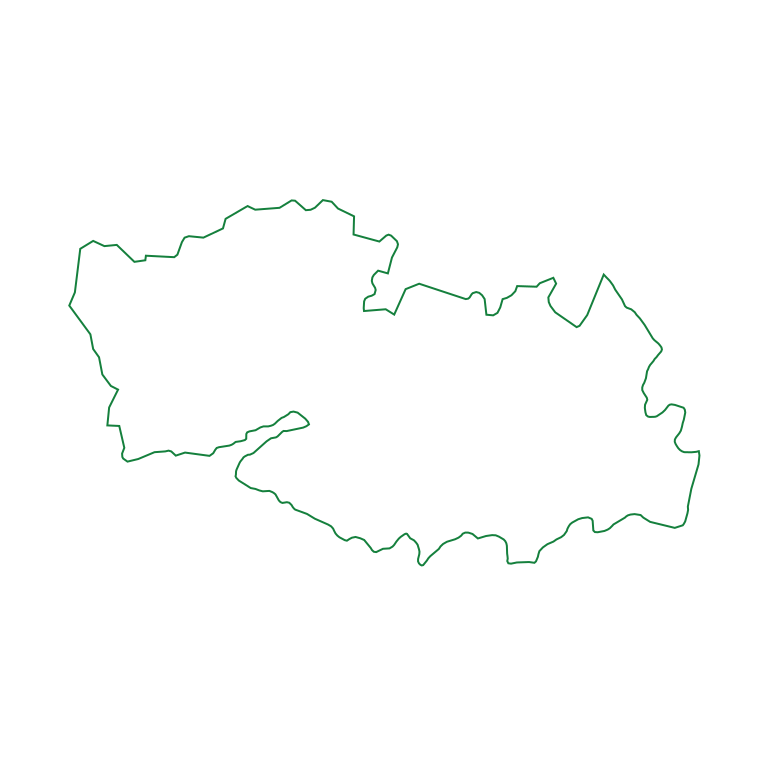 map outline of Toledo (Albers equal-area conic projection), rotated 186°
{"feature_id": "ESP-5848", "entity_name": "Toledo", "entity_type": "Autonomous Community", "adm_level": 1, "iso_a3": "ESP", "parent_name": "Spain", "parent_adm1": "", "projection": "albers", "projection_center": [-4.343, 39.785], "detail": "fine", "context": "isolated", "style": "outline", "palette": "green", "viewbox_px": 768, "rotation_deg": 186, "n_neighbors": 0, "source": "natural_earth", "source_scale": "10m", "svg_char_len": 4607}
<svg xmlns="http://www.w3.org/2000/svg" viewBox="0 0 768 768"><g transform="rotate(186 384 384)"><path d="M63.9,350.1L62.8,345.9L62.8,336.9L67.4,311.9L69.0,293.8L68.4,290.6L68.7,287.1L70.1,278.8L71.3,276.0L72.1,274.7L79.8,271.3L104.9,274.7L112.1,278.2L115.1,280.5L121.2,280.8L125.3,279.9L127.8,278.8L129.4,277.5L130.4,276.3L141.1,268.3L142.1,266.9L144.3,264.2L146.3,262.6L149.4,260.9L156.0,258.9L158.8,258.8L160.5,260.2L162.2,269.8L163.4,271.6L167.1,272.7L172.9,271.4L176.7,269.8L182.3,265.9L184.2,264.0L185.4,261.8L186.4,259.3L186.9,256.8L189.2,252.7L191.8,250.2L196.3,247.4L199.0,245.0L204.7,241.8L208.9,238.1L212.0,234.0L212.6,230.9L212.9,228.2L214.3,223.5L215.7,221.9L221.1,222.1L233.2,220.4L238.9,218.6L241.6,218.7L242.9,220.8L242.7,223.2L243.2,225.7L243.8,228.1L244.9,236.0L245.7,238.4L247.0,240.4L248.7,241.9L253.7,244.2L257.1,245.2L260.7,245.0L266.6,243.5L274.5,240.2L280.3,244.1L284.5,245.0L287.7,244.7L290.1,243.3L291.3,241.3L293.8,239.0L297.1,237.0L304.9,233.7L308.5,231.1L310.8,228.4L312.2,225.7L320.0,217.6L321.7,215.3L322.9,212.9L326.1,208.0L327.5,207.5L328.9,208.0L330.5,209.3L331.6,211.2L331.8,213.5L331.1,218.5L331.2,221.0L331.9,223.2L333.8,227.7L335.6,229.7L337.9,231.7L341.8,233.3L345.4,237.3L346.4,237.5L347.8,236.8L351.4,233.7L353.1,231.8L355.2,228.6L357.1,225.0L358.5,223.2L361.3,221.1L367.8,220.0L374.2,216.0L376.6,216.1L378.6,217.6L380.1,219.6L387.4,226.8L391.5,228.1L396.3,228.9L399.8,227.8L402.2,226.2L404.5,224.3L406.7,224.6L412.3,226.9L414.6,228.4L416.6,230.3L418.2,232.7L419.5,234.9L421.7,236.9L425.0,238.4L438.7,242.8L446.9,246.7L459.2,249.8L460.5,250.7L461.9,252.1L463.3,254.0L465.8,256.0L468.2,256.3L472.6,255.1L474.6,255.7L476.4,257.2L480.4,262.9L482.2,264.1L483.7,264.8L486.8,265.7L493.3,264.6L496.8,265.1L500.9,266.2L505.7,266.6L518.3,272.8L521.0,275.1L522.0,276.7L521.8,278.3L522.0,281.7L521.7,283.4L519.4,290.4L518.8,291.8L516.7,295.1L516.1,296.3L514.9,297.4L511.9,299.4L510.0,299.7L506.6,301.7L494.8,314.7L490.7,318.2L485.9,319.6L484.4,320.7L480.3,325.7L479.0,326.8L475.9,327.0L459.8,332.2L456.8,333.9L454.4,336.0L455.6,338.4L458.7,341.3L466.9,346.5L471.1,347.1L474.2,346.2L476.0,343.9L480.1,340.7L482.3,339.6L485.9,336.1L488.3,333.2L490.0,331.7L492.0,330.7L494.8,329.7L499.5,329.2L502.4,327.9L506.9,324.6L512.9,322.8L515.0,321.6L515.7,319.9L515.3,315.1L516.5,313.7L520.6,312.1L525.4,310.9L525.8,310.6L527.5,308.9L529.1,307.7L531.3,306.6L541.5,303.9L543.7,302.9L544.9,301.0L546.6,297.3L550.0,294.3L574.7,295.0L583.6,291.0L588.5,294.7L591.3,295.2L594.5,294.1L605.1,292.2L620.6,283.7L631.0,280.0L635.6,282.6L636.6,284.1L637.2,287.4L635.6,293.4L642.9,314.6L654.8,313.9L654.9,331.9L647.9,350.6L655.4,353.5L665.1,364.0L670.2,380.8L676.9,388.4L681.2,402.7L705.2,429.1L701.0,442.8L700.2,486.7L688.2,495.9L676.5,491.9L664.3,494.4L645.0,479.4L634.3,482.1L634.2,486.7L605.9,488.2L603.0,491.0L599.8,504.0L597.6,508.7L593.5,510.6L578.9,510.7L560.4,521.9L558.8,531.7L538.3,546.7L530.3,543.9L506.3,548.3L495.1,556.9L491.6,557.0L479.9,548.7L475.2,549.6L471.1,552.1L464.0,560.5L455.1,559.8L448.1,553.7L431.3,547.6L429.9,529.5L403.5,525.2L397.2,531.9L395.0,533.0L392.4,532.3L386.1,527.4L384.7,524.4L385.1,521.3L389.3,510.6L391.7,494.4L401.7,496.1L405.5,491.4L406.7,488.8L406.9,485.3L406.0,482.8L402.9,478.7L402.1,476.6L402.8,472.4L405.5,470.5L408.8,469.2L411.6,466.8L412.4,464.1L412.1,457.3L411.5,454.5L390.1,458.5L381.1,454.1L372.4,480.6L359.5,487.4L311.6,477.0L309.2,477.7L307.9,479.0L306.3,482.3L305.3,483.6L301.9,485.1L298.8,484.6L295.7,482.5L292.8,479.0L289.4,463.6L282.6,463.7L278.6,466.6L276.4,472.3L274.9,480.8L270.8,482.5L266.5,485.6L263.1,490.0L261.8,495.3L242.4,496.7L239.6,500.5L226.7,507.3L223.3,501.8L229.6,487.3L228.7,482.7L226.6,479.0L221.2,473.2L198.4,460.7L195.6,462.3L189.1,473.8L176.9,515.8L173.9,513.2L171.2,511.0L169.9,509.8L166.5,506.0L163.9,502.0L156.2,493.0L152.4,486.6L150.6,485.3L145.9,484.1L142.1,481.6L140.1,479.2L136.4,476.0L130.9,469.9L121.5,457.5L119.6,455.8L115.4,453.0L113.5,451.2L111.9,449.4L111.2,447.4L111.7,445.4L114.5,441.4L115.8,439.2L117.4,437.2L118.5,434.9L121.3,430.8L122.3,428.6L122.9,426.3L123.7,424.2L124.1,417.1L125.3,412.4L126.3,410.1L126.8,407.6L126.5,404.9L124.7,402.1L121.2,397.8L120.5,395.8L122.2,390.7L122.1,387.5L121.0,383.1L119.9,380.4L118.0,379.2L116.3,379.0L111.1,379.7L109.4,380.4L104.1,384.8L101.8,387.5L98.9,392.2L97.6,393.3L95.9,393.8L92.4,393.6L83.6,391.7L82.2,390.0L81.4,387.1L82.1,379.8L82.8,376.5L83.2,372.6L83.9,368.6L85.2,365.8L88.0,361.4L88.9,359.2L88.8,356.9L87.7,354.8L86.2,352.8L84.6,350.9L82.7,349.3L80.6,348.2L78.3,347.6L71.2,348.2L66.3,349.2L63.9,350.1Z" fill="none" stroke="#15803d" stroke-width="2"/></g></svg>